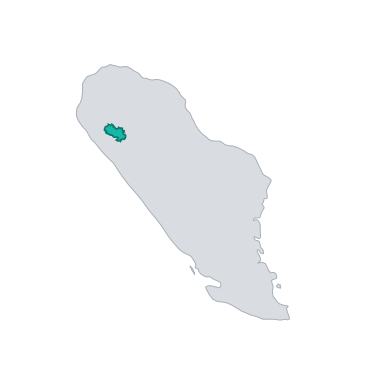 Iakora, Ihorombe, Madagascar (highlighted), rotated 124°
{"feature_id": "10022922B30377745880071", "entity_name": "Iakora", "entity_type": "district", "adm_level": 2, "iso_a3": "MDG", "parent_name": "Madagascar", "parent_adm1": "Ihorombe", "projection": "orthographic", "projection_center": [46.657, -23.157], "detail": "fine", "context": "in_parent", "style": "filled", "palette": "teal", "viewbox_px": 384, "rotation_deg": 124, "n_neighbors": 0, "source": "geoboundaries", "source_scale": "gbopen_adm2", "svg_char_len": 7298}
<svg xmlns="http://www.w3.org/2000/svg" viewBox="0 0 384 384"><g transform="rotate(124 192 192)"><path d="M249.5,48.3L250.5,50.6L251.7,52.9L255.3,58.4L256.8,60.5L258.1,62.7L258.7,67.1L261.0,74.1L263.0,84.4L263.5,95.1L264.1,99.9L265.8,104.6L268.5,109.4L269.3,114.7L267.5,120.1L264.9,125.2L264.3,126.2L263.1,127.5L262.6,127.4L260.6,126.0L259.1,123.8L257.1,118.6L256.4,116.0L255.6,115.6L253.2,115.8L251.4,117.3L251.1,118.4L251.4,121.3L252.0,123.9L252.3,126.5L252.3,129.8L252.9,130.8L253.8,131.7L254.8,133.9L254.9,139.1L254.2,141.7L252.5,143.9L252.6,145.2L253.2,146.4L252.6,147.2L250.4,148.1L249.4,149.0L248.2,151.2L246.2,155.9L245.9,158.3L247.0,165.5L246.6,170.7L244.0,180.5L242.5,185.2L240.4,190.7L237.2,198.1L234.1,207.3L231.4,216.8L229.4,222.5L227.2,228.1L224.2,238.1L221.6,248.2L217.8,259.4L212.6,271.8L212.0,273.4L210.9,279.8L209.8,285.3L208.4,290.7L205.5,299.8L205.2,302.6L204.5,305.2L201.8,310.9L200.6,313.0L199.8,315.2L199.4,318.1L198.5,320.8L196.6,325.8L193.6,330.2L191.6,331.7L187.3,334.0L185.2,334.5L180.3,334.5L175.7,335.9L170.8,338.4L166.2,341.3L164.4,342.7L162.4,343.5L156.3,343.7L154.4,343.1L148.2,338.4L145.8,337.7L141.2,337.1L139.8,336.7L138.6,336.1L136.7,333.7L133.0,331.7L132.1,331.0L131.5,329.6L131.1,328.0L130.2,326.3L129.4,323.0L128.1,320.7L124.7,316.7L124.3,315.4L123.9,311.1L124.0,308.2L123.5,302.8L123.9,300.3L125.0,298.0L124.5,295.5L123.2,293.0L122.6,290.3L121.6,287.9L118.0,283.6L117.1,281.4L116.4,279.2L114.9,272.3L114.7,269.8L114.8,264.7L115.2,262.0L116.1,260.2L116.3,258.8L116.8,257.6L117.7,256.6L118.2,255.5L119.4,248.9L121.1,247.4L123.6,246.5L125.6,244.8L126.7,242.4L127.8,237.6L131.0,232.9L132.1,230.3L134.6,226.5L136.8,221.2L137.5,218.7L138.0,216.1L138.5,210.5L138.9,207.7L138.8,205.0L137.4,202.2L134.2,197.1L134.1,196.1L134.3,192.3L133.9,189.5L132.7,186.8L131.2,184.2L129.7,179.4L128.8,171.4L128.9,168.5L128.5,165.9L127.4,163.5L128.1,159.2L137.4,143.6L137.7,141.7L137.3,137.0L137.5,134.3L137.8,133.2L138.5,132.6L140.1,132.3L147.9,131.5L148.9,131.1L150.8,129.7L153.5,127.2L154.7,126.4L155.7,126.7L156.4,127.8L157.3,128.4L160.4,127.2L161.6,127.1L162.8,127.3L163.4,126.3L163.8,124.9L164.2,123.9L165.0,123.3L169.1,123.0L171.7,122.5L175.0,121.5L175.7,121.7L178.4,125.3L179.2,125.6L180.3,125.7L181.2,125.1L179.0,123.2L178.7,122.2L178.8,121.0L179.9,118.4L181.9,116.5L186.3,113.5L190.8,110.1L192.1,109.9L193.2,110.4L194.1,114.5L194.0,115.1L194.7,115.2L195.5,114.7L196.3,113.1L196.3,111.8L195.7,110.5L195.4,109.4L195.4,108.4L197.7,106.0L199.5,103.7L200.3,101.0L201.1,99.8L203.0,98.4L203.6,98.6L204.0,99.8L204.2,101.0L203.7,102.2L203.0,103.3L202.8,104.9L203.8,105.2L204.8,104.9L206.3,102.0L208.0,99.3L209.1,97.9L210.3,96.9L212.4,97.2L214.5,97.8L211.2,94.9L210.3,91.0L214.4,84.2L214.4,82.8L215.0,82.4L215.3,81.9L213.2,79.6L212.8,78.4L213.1,76.7L214.1,75.2L215.0,74.1L216.3,73.7L217.3,74.3L219.5,76.2L221.0,76.5L222.8,74.8L224.3,72.5L226.6,71.0L229.1,70.1L233.0,66.6L235.6,59.3L235.8,57.1L235.2,54.5L234.4,52.0L232.9,48.9L233.3,48.2L235.4,48.6L236.1,48.2L238.4,45.5L242.3,40.3L243.5,40.4L244.6,41.3L245.0,42.8L245.7,43.9L248.2,46.4L249.5,48.3ZM223.0,68.6L223.0,69.4L220.1,69.1L219.7,66.3L221.1,66.2L221.4,65.1L222.3,64.9L223.2,67.4L223.0,68.6ZM256.8,148.5L254.3,152.6L255.1,149.1L258.0,144.2L258.8,143.9L256.8,148.5Z" fill="#d9dde1" stroke="#a8b0b8" stroke-width="1"/><path d="M178.5,285.3L178.0,285.4L178.0,285.6L178.3,285.9L178.4,286.0L178.5,286.2L178.6,286.3L178.6,286.5L178.8,286.7L178.8,286.8L179.0,287.0L179.3,287.3L179.2,287.6L179.4,287.7L179.5,287.6L179.5,287.8L179.3,287.9L179.3,288.0L179.5,288.3L179.4,288.4L179.4,288.5L179.5,288.4L179.7,288.5L179.8,288.5L179.8,288.8L180.0,288.8L180.3,289.1L180.6,289.1L180.9,289.0L181.0,289.1L181.3,289.1L181.4,289.4L181.5,289.4L181.7,289.5L181.9,289.6L181.9,289.9L182.1,290.0L181.9,290.1L181.9,290.4L181.9,290.6L182.0,290.6L182.0,291.0L181.9,291.2L181.9,291.5L182.0,291.8L181.9,291.9L181.7,291.9L181.5,292.0L181.5,292.3L181.7,292.6L181.6,292.8L181.8,292.8L181.8,293.0L181.9,293.4L182.1,293.4L182.1,293.6L182.0,293.8L181.9,293.8L181.7,293.8L181.5,294.0L181.4,294.3L181.5,294.3L181.5,294.5L181.4,294.6L181.1,294.8L181.0,294.7L181.0,294.9L180.7,295.1L180.6,295.3L180.5,295.6L180.6,295.8L180.8,295.8L180.9,296.0L181.0,296.2L181.0,296.3L180.9,296.3L180.8,296.5L181.0,296.5L181.3,296.6L181.5,296.6L182.5,296.8L182.4,297.4L182.4,297.9L182.6,298.8L182.5,299.0L182.6,299.3L182.7,299.2L182.9,299.1L183.0,298.9L183.4,298.8L183.6,298.8L183.9,298.8L184.1,298.8L184.3,298.9L184.5,298.9L184.8,299.3L185.2,299.6L185.4,299.5L185.7,299.9L185.9,300.0L186.0,300.1L186.4,300.1L186.5,300.1L186.8,300.1L187.0,300.3L187.5,300.0L187.9,299.9L188.1,299.8L188.4,299.8L188.6,299.8L188.6,299.7L188.8,299.4L189.0,299.5L189.2,299.4L189.4,299.3L189.5,299.3L189.6,299.1L189.8,299.1L189.9,298.8L189.9,298.7L189.7,298.5L189.6,298.4L189.8,298.2L189.8,297.9L189.7,297.7L189.5,297.4L189.9,297.2L190.0,297.0L190.0,296.9L189.9,296.7L190.0,296.7L189.9,296.6L190.0,296.5L190.0,296.4L190.3,296.4L190.5,296.3L190.9,296.4L191.0,296.4L191.0,296.1L190.8,296.0L190.8,295.8L190.9,295.7L191.0,295.7L190.9,295.4L191.0,295.3L190.9,295.2L190.7,295.0L190.9,294.8L190.9,294.6L191.0,294.5L191.0,294.4L190.9,294.2L190.8,294.3L190.7,294.2L190.7,293.9L190.7,293.7L190.4,293.4L190.4,293.2L190.5,293.0L190.4,292.9L190.3,293.0L190.4,292.8L190.4,292.7L190.3,292.3L190.4,292.2L190.6,291.9L190.4,291.8L190.3,291.6L190.3,291.4L190.2,291.4L190.3,291.2L190.2,291.1L190.3,291.0L190.2,290.9L189.9,290.9L189.8,290.6L189.8,290.4L189.7,290.3L189.7,290.1L189.4,289.9L189.3,289.6L189.4,289.4L189.4,289.0L189.5,288.9L189.6,289.1L189.8,289.1L189.8,288.9L189.9,288.7L189.9,288.3L190.1,288.3L190.1,288.1L190.3,288.0L190.3,287.9L190.3,287.7L190.0,287.2L189.9,287.1L189.9,286.9L189.8,286.7L189.5,286.4L189.4,286.2L189.2,286.1L189.0,285.9L188.7,285.6L188.8,285.4L188.7,285.2L188.4,284.9L188.5,284.7L188.3,284.5L188.3,284.4L188.2,284.1L188.2,283.6L188.4,283.6L188.5,283.6L188.8,283.6L189.4,283.6L189.6,283.6L190.1,283.7L190.5,283.8L191.1,284.0L191.2,283.8L191.2,283.7L191.3,283.7L191.2,283.4L191.4,283.3L191.4,283.0L191.4,282.7L191.2,282.4L191.2,282.1L191.0,281.9L190.9,281.7L190.7,281.6L190.3,281.4L190.2,281.4L190.2,281.2L190.3,281.0L190.4,280.9L190.1,280.4L189.9,280.2L189.6,280.1L189.4,280.2L189.6,279.9L189.3,280.0L189.1,280.0L188.9,279.9L188.9,279.7L188.8,279.4L188.5,279.7L188.4,280.0L188.2,279.9L187.8,279.7L187.6,279.6L187.3,279.6L187.1,279.5L187.0,279.4L186.9,279.2L186.7,279.1L186.7,278.8L186.6,278.7L186.6,278.3L186.6,278.1L186.4,278.0L186.4,277.7L186.2,277.5L185.8,277.6L185.6,277.5L185.4,277.6L185.1,277.9L185.0,277.7L184.9,277.6L184.8,277.8L184.7,277.8L184.3,277.9L184.2,277.9L184.0,277.7L183.9,277.7L183.6,277.7L183.5,277.8L183.2,277.9L183.0,278.1L182.6,278.3L182.3,278.5L182.2,278.6L182.1,278.8L182.2,279.0L182.4,279.5L182.2,279.7L181.9,279.4L181.8,279.6L181.7,279.7L181.7,279.8L181.9,280.0L182.1,280.3L182.2,280.8L182.4,281.0L182.2,281.3L181.9,281.4L181.9,281.5L181.8,281.8L181.7,281.9L181.6,282.0L181.4,282.1L181.4,282.4L181.4,282.5L181.2,282.6L181.2,282.8L180.8,282.9L180.7,283.0L180.4,282.8L180.3,282.7L180.1,282.4L180.0,282.1L179.9,282.3L179.6,282.1L179.3,282.3L179.1,282.4L179.1,282.5L179.3,282.9L179.5,283.1L179.5,283.3L179.5,283.5L179.7,283.9L179.8,284.0L179.8,284.3L179.8,284.5L179.2,284.6L178.8,284.8L178.6,285.0L178.5,285.3Z" fill="#14b8a6" stroke="#0f766e" stroke-width="1.5"/></g></svg>